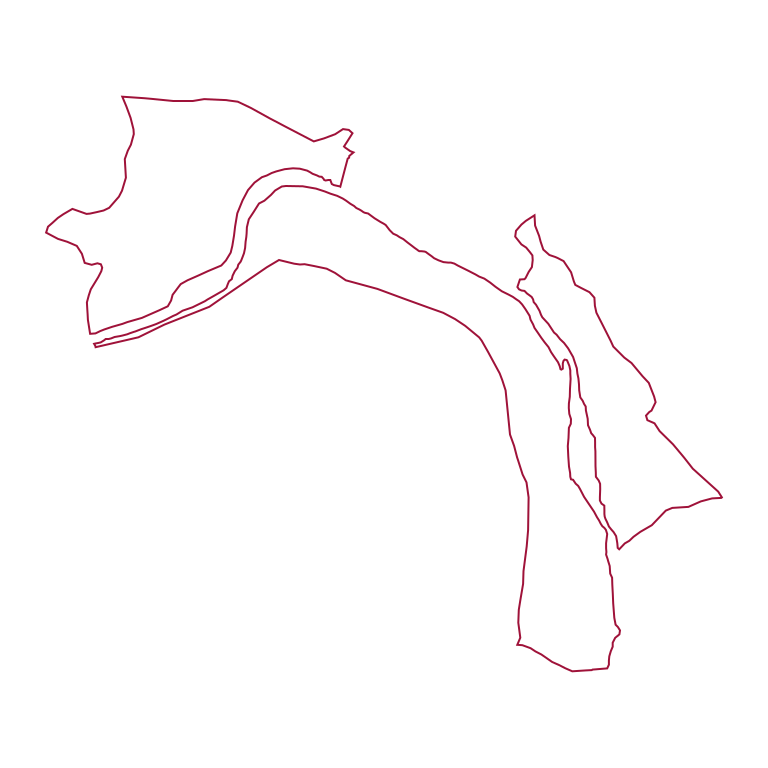 Qina, Qina, Egypt
{"feature_id": "37247803B17837872993253", "entity_name": "Qina", "entity_type": "district", "adm_level": 2, "iso_a3": "EGY", "parent_name": "Egypt", "parent_adm1": "Qina", "projection": "orthographic", "projection_center": [32.69, 26.097], "detail": "fine", "context": "isolated", "style": "outline", "palette": "rose", "viewbox_px": 768, "rotation_deg": 0, "n_neighbors": 0, "source": "geoboundaries", "source_scale": "gbopen_adm2", "svg_char_len": 6055}
<svg xmlns="http://www.w3.org/2000/svg" viewBox="0 0 768 768"><path d="M95.6,347.2L121.6,341.2L138.4,337.3L164.4,324.6L209.3,306.8L223.1,297.2L266.9,267.2L279.0,260.0L294.2,263.7L300.0,264.5L304.6,264.2L313.9,266.0L326.7,268.7L335.0,272.9L345.8,280.3L355.0,282.8L377.4,288.9L404.5,298.9L429.1,307.8L443.2,312.8L455.1,319.1L464.7,325.5L465.4,326.0L479.2,337.4L481.7,340.7L488.1,352.0L499.7,373.4L502.3,380.2L505.6,390.4L510.0,434.5L514.1,445.9L517.1,457.4L518.2,460.7L522.6,474.5L526.5,482.4L528.6,497.4L528.1,530.1L526.7,546.4L523.5,571.1L523.1,583.9L520.5,599.2L518.8,609.8L518.3,622.7L520.3,637.7L517.3,644.8L522.4,645.2L530.6,648.2L535.4,651.4L541.4,654.5L552.2,662.0L559.2,665.1L565.2,668.2L572.3,671.3L586.0,670.4L591.8,670.1L592.5,669.6L607.2,668.4L608.9,664.7L608.9,660.5L609.3,656.3L610.8,651.2L612.7,646.7L612.7,642.7L615.2,637.8L619.4,634.4L620.0,630.4L617.9,627.0L615.6,624.7L614.3,617.8L613.2,603.4L612.8,593.9L612.3,584.6L612.1,577.7L610.2,573.6L609.7,566.0L608.1,560.9L607.6,559.0L606.1,554.6L606.4,552.0L606.1,548.2L606.1,543.2L607.2,534.0L605.9,529.9L604.7,528.3L603.7,527.3L602.4,526.3L600.7,523.7L599.1,520.5L597.0,517.2L594.0,511.6L584.1,496.9L580.0,489.0L578.2,485.9L575.7,483.7L573.1,479.8L571.0,479.3L570.3,476.8L570.1,472.9L569.0,466.6L568.3,456.8L567.8,446.1L568.5,438.0L568.9,427.8L570.8,423.8L571.0,419.1L569.3,413.9L568.8,408.0L568.9,403.5L569.8,396.7L570.0,388.8L570.6,378.9L570.3,373.7L570.3,370.4L569.4,366.0L567.4,361.1L566.7,360.0L564.6,359.6L563.5,360.9L562.8,363.3L562.8,368.7L561.4,369.6L560.5,369.2L559.7,366.1L558.0,362.2L553.8,356.2L551.1,352.2L548.5,347.1L544.7,342.4L541.3,337.8L537.7,332.5L534.5,327.9L533.1,324.4L530.5,319.6L529.6,315.8L525.4,309.1L522.1,304.4L519.1,301.2L516.1,299.2L512.9,296.9L508.4,294.5L501.9,291.3L495.5,286.8L490.2,282.6L484.3,278.6L479.2,276.6L475.4,274.4L471.3,272.3L468.6,270.9L457.7,265.5L454.4,263.6L450.9,262.6L448.2,262.6L443.4,262.1L438.5,260.3L434.1,258.2L431.6,256.2L428.8,254.2L425.7,251.9L424.3,251.5L421.3,251.2L419.3,251.2L418.3,250.6L417.3,249.8L414.6,247.9L411.5,245.5L407.4,242.4L403.3,239.1L399.5,237.1L396.8,235.3L393.2,233.7L389.7,230.2L385.7,225.0L383.7,223.7L380.4,221.9L374.6,218.3L368.1,213.5L364.9,212.8L363.5,212.2L361.4,210.7L359.4,209.5L356.3,208.0L354.1,206.0L350.4,203.8L346.0,200.6L342.7,198.5L337.1,195.8L330.5,193.7L324.9,191.5L316.0,188.6L302.8,186.3L285.9,186.0L281.8,186.5L275.1,190.5L271.0,194.9L264.4,200.7L259.0,203.5L253.5,212.2L248.8,219.3L246.9,227.2L246.6,233.6L246.3,237.0L245.6,241.7L245.1,248.0L244.0,253.2L242.7,256.7L241.0,261.0L240.5,261.7L240.5,261.9L238.3,264.6L237.5,267.7L234.8,271.2L232.6,275.7L231.8,279.1L229.0,281.3L227.8,284.1L226.4,287.9L223.6,290.3L214.4,295.6L207.5,299.5L204.9,301.2L192.5,307.3L182.6,310.7L176.5,314.5L173.0,316.0L167.0,319.1L163.7,320.7L157.0,323.7L155.8,324.2L151.1,325.9L147.6,327.1L144.3,328.2L141.2,329.2L135.2,331.5L134.1,331.8L130.0,333.2L127.2,334.3L122.2,335.6L119.9,336.1L114.6,337.0L111.1,338.4L108.7,339.0L105.7,339.0L104.1,340.3L100.7,342.4L98.6,342.9L95.4,343.5L94.1,343.8L95.4,346.1L95.6,347.2ZM90.1,333.8L90.4,333.8L95.5,333.4L100.2,331.1L104.2,329.5L112.2,326.8L122.4,323.9L127.3,322.1L141.9,317.9L159.2,310.3L167.8,306.3L171.1,300.5L172.6,294.8L175.5,291.0L178.1,287.5L180.7,284.1L187.5,280.3L198.4,275.5L208.0,271.1L221.3,265.5L225.9,260.5L230.7,252.6L232.3,246.0L234.0,235.7L235.1,226.5L237.3,213.3L242.6,200.3L248.0,190.1L254.5,182.6L261.9,177.2L266.8,175.5L271.7,173.0L276.3,171.4L284.6,169.2L293.0,168.3L299.8,168.7L307.1,170.6L310.1,172.2L312.6,173.8L316.9,175.4L319.3,176.6L321.7,176.8L323.6,178.9L324.2,180.0L325.6,180.5L328.3,180.0L330.3,180.0L331.8,184.0L333.9,185.1L338.4,186.1L339.8,186.4L340.3,186.7L345.3,167.6L347.7,158.6L349.1,157.7L349.3,155.9L353.5,152.4L350.2,151.1L345.2,147.6L344.0,146.5L347.2,141.6L352.5,133.2L348.8,129.9L343.0,129.1L335.2,134.2L324.0,138.4L313.8,141.4L285.4,126.6L269.8,118.4L250.8,107.9L237.8,101.7L228.8,100.5L226.2,100.1L204.2,99.1L192.8,101.0L173.2,101.0L152.0,98.9L144.3,98.2L122.3,96.7L126.4,106.5L130.6,117.9L133.5,129.4L133.8,134.1L130.9,144.7L127.8,150.7L124.8,159.1L125.9,177.7L122.0,190.7L118.9,196.7L109.2,207.8L103.6,210.5L96.8,212.1L89.9,213.6L86.5,213.9L72.4,208.9L63.5,214.1L57.9,217.9L52.4,222.9L48.0,226.7L46.9,230.2L46.1,232.6L58.0,238.9L67.3,241.8L76.8,245.9L81.9,253.8L84.7,262.9L91.7,264.8L97.4,263.3L100.9,264.3L102.2,267.7L101.3,271.2L98.2,277.2L90.8,289.3L88.8,295.3L86.9,302.4L87.3,309.4L87.6,314.0L87.9,319.8L90.1,333.8ZM721.9,497.4L718.2,491.6L692.8,468.7L684.1,457.6L673.0,444.3L659.6,431.1L654.5,423.3L647.4,420.2L646.0,415.6L649.3,412.0L651.5,410.6L655.6,402.2L654.1,396.5L648.8,382.9L642.6,376.3L631.5,363.0L624.3,357.6L620.7,354.0L613.3,346.6L610.7,340.9L601.6,322.9L596.4,312.7L594.9,305.8L594.4,297.7L589.5,292.2L581.2,288.0L575.3,284.9L573.9,281.5L571.1,272.3L565.8,264.4L563.6,261.1L557.6,258.0L555.3,257.0L549.4,255.0L543.3,249.6L540.6,241.6L539.1,235.9L535.1,225.6L534.5,215.3L525.8,220.9L521.4,224.6L516.0,230.8L515.2,236.6L521.4,244.4L526.2,247.6L529.9,252.1L532.4,255.4L532.7,260.1L531.9,267.1L528.7,271.9L525.6,278.0L524.5,279.2L519.9,279.5L517.4,287.0L519.0,289.3L521.5,290.5L524.5,290.9L527.0,293.5L529.5,295.3L531.7,297.0L533.1,299.4L533.7,302.1L536.0,304.7L539.5,310.8L541.0,314.8L542.3,317.3L548.3,323.8L554.0,332.5L556.6,334.7L560.1,339.2L564.0,342.9L568.1,348.3L573.1,357.0L574.7,361.9L576.8,368.2L577.4,373.6L578.4,378.4L579.0,384.5L579.2,390.3L580.3,397.4L582.7,400.8L584.1,404.0L585.7,406.5L585.9,410.4L587.7,418.8L588.0,425.2L590.0,429.7L591.2,433.2L592.9,435.1L595.0,437.9L595.1,442.1L595.1,447.2L595.4,451.3L595.5,466.2L595.8,472.3L595.9,476.8L598.7,480.5L600.1,483.8L600.2,489.1L599.9,497.2L599.9,500.5L601.5,503.6L604.3,505.6L604.4,510.0L604.4,514.1L604.7,516.6L605.4,518.7L607.2,522.4L608.9,526.5L611.3,529.5L613.6,532.1L616.1,536.1L616.8,540.1L617.3,543.2L617.7,547.9L619.2,549.3L624.8,543.4L629.3,540.8L633.5,536.8L640.4,531.8L651.8,525.2L665.8,510.6L672.3,507.9L685.0,507.1L688.4,506.9L700.8,501.4L712.1,498.4L721.3,497.9L721.9,497.4Z" fill="none" stroke="#9f1239" stroke-width="2"/></svg>